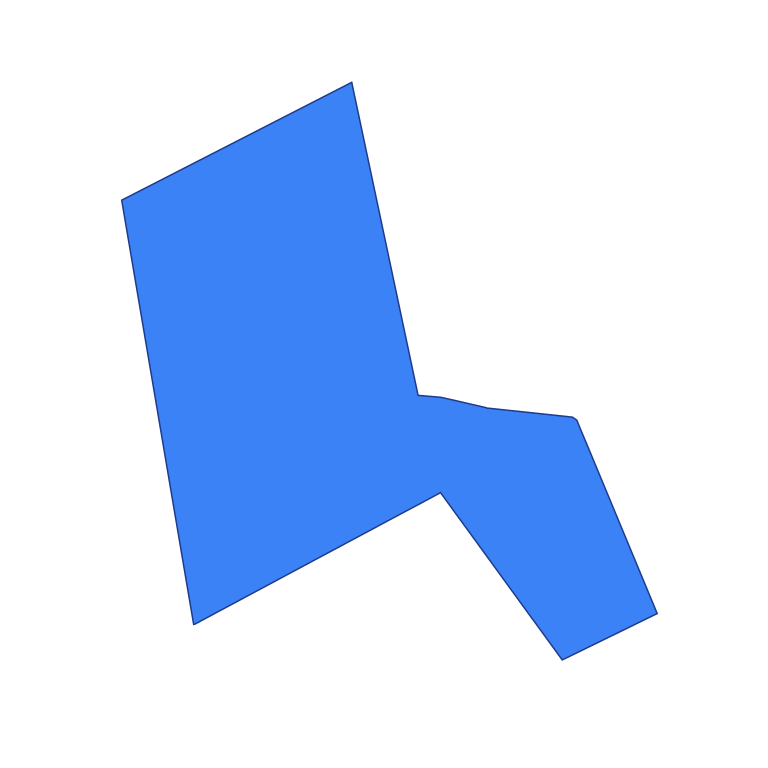 Bindura Urban, Mashonaland Central, Zimbabwe, rotated 350°
{"feature_id": "62879985B95649455057602", "entity_name": "Bindura Urban", "entity_type": "district", "adm_level": 2, "iso_a3": "ZWE", "parent_name": "Zimbabwe", "parent_adm1": "Mashonaland Central", "projection": "orthographic", "projection_center": [31.346, -17.309], "detail": "fine", "context": "isolated", "style": "filled", "palette": "blue", "viewbox_px": 768, "rotation_deg": 350, "n_neighbors": 0, "source": "geoboundaries", "source_scale": "gbopen_adm2", "svg_char_len": 530}
<svg xmlns="http://www.w3.org/2000/svg" viewBox="0 0 768 768"><g transform="rotate(350 384 384)"><path d="M155.6,461.2L154.8,587.7L156.0,587.7L179.3,580.0L355.2,522.3L364.3,519.3L401.8,507.1L420.8,500.8L432.3,524.4L432.6,525.0L460.8,582.7L489.4,641.3L489.9,642.2L511.6,686.7L613.2,657.5L582.9,521.6L574.0,481.7L570.4,465.9L567.6,453.1L563.9,449.4L482.8,426.0L481.5,426.0L481.2,425.4L459.9,416.3L437.8,407.0L415.6,401.1L404.6,81.3L157.6,157.4L156.5,329.3L155.6,461.2Z" fill="#3b82f6" stroke="#1e3a8a" stroke-width="1.5"/></g></svg>